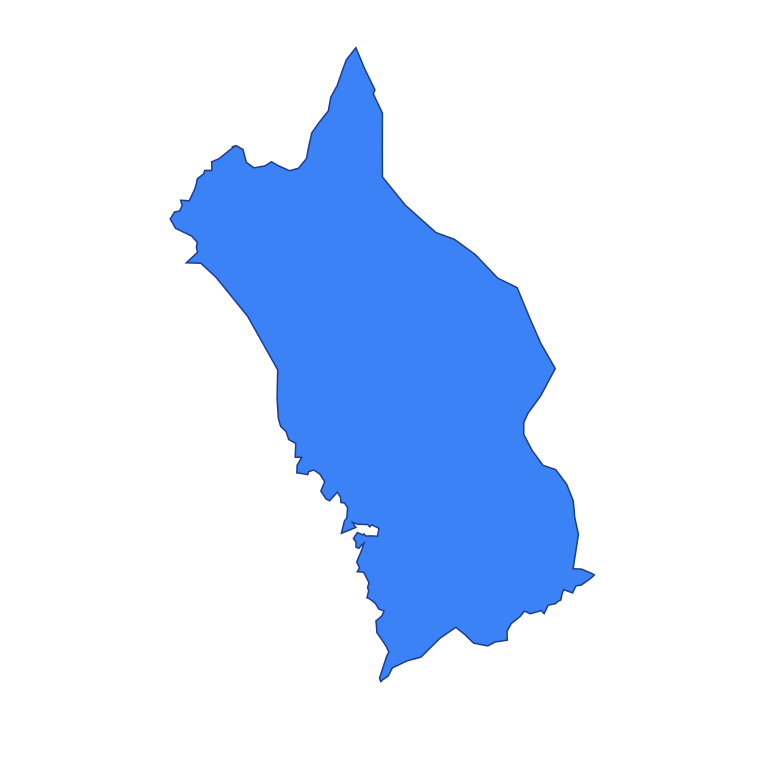 Melini, Larnaca, Cyprus (Natural Earth projection), rotated 231°
{"feature_id": "46923920B72059486162675", "entity_name": "Melini", "entity_type": "district", "adm_level": 2, "iso_a3": "CYP", "parent_name": "Cyprus", "parent_adm1": "Larnaca", "projection": "natural_earth1", "projection_center": [33.15, 34.867], "detail": "fine", "context": "isolated", "style": "filled", "palette": "blue", "viewbox_px": 768, "rotation_deg": 231, "n_neighbors": 0, "source": "geoboundaries", "source_scale": "gbopen_adm2", "svg_char_len": 2307}
<svg xmlns="http://www.w3.org/2000/svg" viewBox="0 0 768 768"><g transform="rotate(231 384 384)"><path d="M103.2,427.3L105.7,426.4L115.9,421.0L121.4,414.7L144.7,440.4L159.8,448.0L174.0,457.5L191.2,462.9L209.4,463.5L220.7,456.4L239.1,457.3L256.9,460.9L266.1,468.4L270.7,477.6L276.2,498.3L288.2,526.8L316.7,531.4L342.6,538.5L375.1,548.1L394.6,539.0L427.0,536.4L452.0,529.8L469.0,519.7L509.5,513.1L545.9,513.1L569.9,532.4L595.4,553.2L616.3,558.3L618.3,562.1L640.6,567.2L663.1,573.8L659.6,558.7L654.6,550.2L645.4,535.4L640.4,523.2L631.3,512.6L628.0,497.8L624.6,485.9L615.9,474.9L608.0,465.6L605.5,453.3L609.2,444.8L620.9,438.9L627.5,436.4L628.4,428.8L633.8,419.0L642.9,416.5L651.2,420.3L655.0,422.0L662.5,419.0L664.0,414.8L662.8,416.0L663.0,397.2L665.1,389.9L658.3,384.6L662.8,379.1L660.8,376.1L661.0,368.1L657.4,363.8L654.5,359.5L649.0,347.9L654.8,341.6L649.6,339.3L647.1,333.9L649.5,329.6L646.8,321.7L636.1,320.0L620.0,327.6L611.7,328.1L608.2,324.1L603.7,322.0L602.6,306.6L593.2,317.6L572.6,320.6L522.2,320.6L461.9,310.3L440.1,291.8L423.5,280.1L416.0,277.0L408.6,277.9L400.8,275.0L393.3,278.0L383.0,268.9L378.8,273.8L375.5,265.3L369.7,260.3L367.5,262.6L361.6,267.7L363.3,270.3L361.3,275.3L354.5,277.4L345.4,276.4L340.5,267.5L331.0,266.6L327.5,268.1L329.3,279.7L323.3,278.9L319.0,275.9L316.4,278.4L311.0,278.0L303.2,270.7L302.6,267.3L294.8,256.9L290.2,271.9L296.4,272.3L291.2,275.5L290.4,276.6L285.0,282.9L282.0,283.0L282.2,285.9L275.0,289.2L269.8,283.1L274.1,278.4L277.2,274.3L280.0,274.1L280.0,272.7L285.3,269.8L283.2,263.0L278.7,262.7L274.8,259.5L272.1,261.0L272.8,265.0L272.9,268.1L270.2,264.1L267.4,259.3L262.9,250.8L259.5,250.0L256.6,249.3L254.9,245.1L250.5,249.8L239.1,247.3L236.0,243.0L233.1,242.1L228.5,236.2L226.4,237.5L219.1,239.2L212.3,238.3L207.7,241.2L205.1,236.3L204.9,228.6L201.8,226.6L195.3,222.0L188.0,221.5L179.5,220.7L172.8,219.2L170.8,214.8L158.2,195.4L154.7,194.2L154.9,197.1L154.4,203.4L158.1,211.9L154.4,227.5L148.5,240.9L151.2,267.6L149.7,286.7L138.6,289.1L126.1,290.6L115.2,299.8L113.5,308.2L107.3,318.6L114.3,323.9L117.7,331.9L117.7,343.7L119.2,350.1L113.3,353.2L109.0,363.5L104.8,363.9L108.8,372.3L105.4,379.0L105.6,382.2L104.9,385.5L109.1,390.6L111.1,394.2L103.0,399.1L106.3,406.1L103.6,410.9L102.9,421.4L103.2,427.3Z" fill="#3b82f6" stroke="#1e3a8a" stroke-width="1.5"/></g></svg>